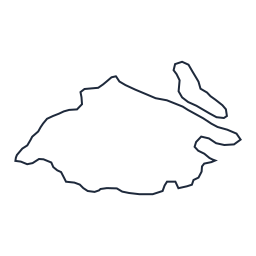 Östhammar, Uppsala, Sweden (Equal Earth projection)
{"feature_id": "70781695B19211904151309", "entity_name": "Östhammar", "entity_type": "district", "adm_level": 2, "iso_a3": "SWE", "parent_name": "Sweden", "parent_adm1": "Uppsala", "projection": "equal_earth", "projection_center": [18.222, 60.283], "detail": "fine", "context": "isolated", "style": "outline", "palette": "slate", "viewbox_px": 256, "rotation_deg": 0, "n_neighbors": 0, "source": "geoboundaries", "source_scale": "gbopen_adm2", "svg_char_len": 1440}
<svg xmlns="http://www.w3.org/2000/svg" viewBox="0 0 256 256"><path d="M15.4,160.9L20.8,161.6L27.2,164.2L32.6,163.1L39.0,159.0L43.5,159.3L51.3,162.5L53.3,167.1L57.2,170.3L61.1,172.1L64.1,177.9L66.0,181.7L74.4,182.6L79.8,184.6L83.3,188.1L87.7,191.0L94.6,191.9L99.0,190.4L100.5,189.0L106.9,188.1L116.8,188.4L122.2,191.6L129.1,193.0L139.4,194.2L152.7,194.2L162.6,191.0L164.6,185.5L167.0,181.7L175.4,181.7L178.4,188.2L186.9,186.3L191.9,184.7L193.5,180.0L198.5,177.6L201.6,171.6L202.0,166.4L204.2,163.6L211.4,162.1L215.2,160.5L212.5,159.5L209.5,158.0L204.3,153.7L198.2,150.7L194.6,146.8L196.1,142.0L201.2,136.6L208.9,138.4L216.1,143.2L224.3,145.0L234.0,144.4L240.6,139.6L236.5,133.6L227.3,129.7L217.6,127.0L211.4,123.7L203.2,118.3L187.9,109.9L182.7,106.6L166.9,100.3L155.6,98.2L146.4,94.3L135.2,89.6L125.5,85.1L119.4,81.5L116.3,76.8L115.9,76.3L111.5,77.3L106.6,81.5L103.1,84.4L98.2,87.8L84.5,89.0L80.5,92.1L81.5,97.3L82.0,104.2L77.0,109.4L69.2,109.9L63.8,111.4L58.9,113.7L53.0,116.0L47.0,118.8L43.1,123.5L40.6,127.2L38.2,131.5L32.2,136.7L30.7,139.6L27.3,145.4L22.3,148.6L16.9,155.0L15.9,157.6L15.4,160.9ZM226.9,116.0L225.9,109.3L222.4,105.2L215.4,99.7L210.5,96.2L207.0,92.5L200.5,88.7L198.5,81.7L197.0,79.1L192.5,71.6L188.5,64.7L182.1,61.8L175.1,64.1L173.6,70.2L176.6,74.2L179.6,80.3L178.6,91.3L182.1,97.4L188.1,102.0L196.5,105.8L203.5,109.9L209.5,113.4L216.5,117.2L223.9,118.0L226.9,116.0Z" fill="none" stroke="#1e293b" stroke-width="2"/></svg>